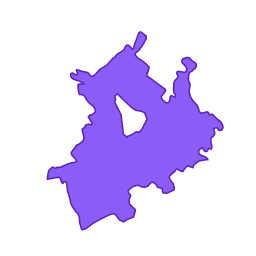 outline of Damanhur, Al Buhayrah, Egypt, rotated 344°
{"feature_id": "37247803B72315750145926", "entity_name": "Damanhur", "entity_type": "district", "adm_level": 2, "iso_a3": "EGY", "parent_name": "Egypt", "parent_adm1": "Al Buhayrah", "projection": "natural_earth1", "projection_center": [30.469, 31.031], "detail": "fine", "context": "isolated", "style": "filled", "palette": "violet", "viewbox_px": 256, "rotation_deg": 344, "n_neighbors": 0, "source": "geoboundaries", "source_scale": "gbopen_adm2", "svg_char_len": 5842}
<svg xmlns="http://www.w3.org/2000/svg" viewBox="0 0 256 256"><g transform="rotate(344 128 128)"><path d="M36.3,155.0L47.3,156.1L49.0,157.6L49.2,159.1L49.0,160.4L49.4,162.5L50.0,163.3L51.1,162.7L51.5,162.0L52.2,162.1L53.5,162.8L53.7,164.0L52.9,170.0L52.4,171.7L52.7,175.3L52.6,180.3L52.4,182.0L52.3,185.0L52.6,187.6L54.3,192.7L54.7,194.0L55.0,194.8L56.0,196.0L56.4,197.0L56.6,200.3L56.1,202.8L55.4,205.4L55.5,209.1L55.4,212.3L56.2,213.3L59.8,213.1L67.8,210.1L76.8,207.9L86.9,206.2L90.1,206.3L92.1,207.9L94.5,214.0L97.9,217.0L101.8,215.8L108.8,215.1L111.8,210.4L112.3,209.3L112.4,208.5L111.8,206.9L111.0,206.2L109.5,203.0L108.7,201.9L108.7,201.3L109.0,198.1L109.9,196.1L110.7,195.4L112.0,193.6L111.8,192.6L111.1,191.7L110.6,189.9L110.9,188.3L112.9,187.1L115.5,186.1L116.9,185.7L119.5,185.5L121.4,185.8L122.9,186.4L124.2,187.9L125.5,188.7L126.9,189.2L127.5,189.6L131.5,189.3L133.0,188.0L135.7,186.8L137.2,187.2L137.9,188.0L138.8,189.1L139.7,190.7L139.8,192.2L140.3,193.3L143.9,195.4L144.2,196.0L143.7,198.0L143.8,200.2L144.9,200.2L145.4,200.7L146.1,201.2L147.7,201.4L154.9,200.3L155.3,200.0L155.5,199.7L156.0,198.6L156.1,194.4L156.0,193.4L155.4,192.5L154.3,189.5L154.0,187.0L154.1,186.4L154.6,185.8L156.7,184.6L158.2,184.0L159.6,183.2L160.5,183.0L160.4,182.7L161.4,182.2L162.7,181.1L163.7,180.9L166.4,183.5L167.4,184.4L168.1,184.9L169.1,184.7L170.6,183.3L172.7,181.9L174.4,181.0L175.3,181.0L176.4,182.0L178.0,182.9L179.5,184.0L180.3,182.6L181.4,181.6L183.0,181.0L184.8,180.0L186.5,179.5L188.4,179.4L189.5,179.5L194.5,180.0L195.9,180.5L196.1,179.3L194.8,177.6L193.3,176.2L191.4,174.9L189.4,172.7L189.1,171.9L190.1,168.6L192.7,167.7L194.5,168.1L194.7,169.7L195.1,171.0L195.8,172.0L197.3,172.1L198.3,171.9L198.8,170.9L199.8,169.8L202.4,171.3L203.1,170.1L203.5,168.8L204.0,163.6L204.5,161.8L205.1,160.9L205.6,160.4L207.6,159.4L209.1,158.4L209.8,157.4L210.1,156.3L210.1,154.4L210.0,153.2L210.1,152.4L212.1,152.0L213.0,152.1L213.7,152.5L214.6,154.8L215.0,155.4L216.3,155.9L217.7,155.8L218.7,154.8L219.6,153.5L219.7,151.6L219.2,148.6L218.2,146.4L217.6,145.7L217.2,145.8L212.9,138.0L212.1,138.1L211.1,137.9L209.9,137.8L209.7,136.1L209.1,134.6L208.4,134.2L204.2,134.2L202.6,133.9L201.5,132.8L201.1,131.4L201.1,130.6L201.1,128.1L200.6,125.0L198.0,119.9L197.6,118.7L197.3,117.3L196.8,115.9L196.7,113.3L196.9,109.3L198.6,106.0L199.8,103.1L199.4,100.9L199.4,98.2L201.1,93.4L202.0,92.3L203.3,91.3L205.5,90.9L206.8,90.0L208.8,89.3L209.7,88.6L210.3,87.9L210.7,87.3L210.9,86.5L211.1,86.3L211.1,85.0L210.9,84.3L210.5,83.6L209.5,82.8L208.0,80.8L207.5,79.7L206.3,77.6L205.5,76.9L204.1,76.4L201.6,76.6L200.0,76.5L199.5,76.8L198.5,77.8L198.2,78.5L198.1,79.6L198.2,80.9L199.2,82.1L199.7,83.2L200.8,86.1L200.9,87.2L200.5,88.0L200.0,89.2L199.7,89.0L199.2,89.8L197.9,90.1L197.4,90.0L195.2,88.9L194.7,88.5L192.1,87.5L191.5,87.4L190.3,87.8L189.9,89.9L190.5,92.0L188.9,93.8L186.5,95.1L185.1,96.4L184.3,98.0L182.5,103.2L181.9,105.9L182.3,108.1L182.6,110.0L181.6,111.4L180.4,110.4L179.5,109.4L178.3,108.8L177.4,109.4L177.0,110.3L176.4,111.2L176.2,111.8L175.8,112.7L175.5,113.1L175.1,113.5L174.9,114.0L173.5,114.6L171.5,114.3L170.1,112.1L169.3,111.1L168.5,108.4L168.7,106.7L170.2,105.8L171.7,104.7L172.1,104.5L174.2,102.8L174.6,101.8L174.6,101.5L174.3,100.7L173.8,100.2L162.0,84.8L161.0,83.8L160.5,82.9L161.2,81.3L161.5,80.3L162.0,80.5L164.0,77.3L165.1,75.3L163.4,72.3L162.4,70.4L161.8,69.5L159.3,66.3L156.6,63.4L156.5,62.7L155.7,61.2L155.2,59.9L155.0,59.0L156.8,57.6L159.4,56.6L162.5,54.3L163.9,53.5L164.9,52.3L166.5,50.9L168.9,48.3L170.1,47.3L170.2,46.3L170.9,44.8L167.2,39.5L166.3,39.0L164.6,39.6L156.7,50.3L156.2,51.2L156.0,52.1L155.3,52.7L154.2,53.2L153.8,53.2L153.4,52.4L153.0,51.1L152.3,50.3L152.0,49.4L151.0,48.2L150.0,48.0L148.5,48.6L147.9,49.0L145.8,51.7L143.6,52.3L142.1,53.0L140.4,53.5L139.7,53.5L139.0,53.9L137.6,54.3L136.0,55.4L135.1,56.2L134.5,56.3L134.3,56.8L133.9,56.5L132.5,56.9L124.9,61.7L117.3,63.9L116.1,64.4L110.0,68.3L107.0,68.4L106.6,67.9L106.2,67.2L105.3,64.8L104.8,64.1L104.2,63.4L103.8,63.1L100.4,61.4L99.8,60.9L98.4,60.2L96.2,58.5L95.1,58.1L94.4,58.0L94.2,58.5L94.4,60.4L94.7,61.3L94.2,62.4L93.1,63.0L92.7,62.8L91.5,61.4L90.5,60.4L89.5,59.7L89.1,59.8L88.1,60.0L87.6,61.0L87.2,62.7L87.8,64.6L89.0,66.0L89.4,65.9L89.8,66.4L91.3,67.8L92.5,68.3L94.7,69.9L95.4,70.7L96.2,71.3L96.7,72.0L97.1,72.8L97.5,73.3L92.7,72.2L91.6,73.1L90.8,77.2L90.5,79.8L90.6,82.4L91.4,82.7L92.1,82.8L92.5,83.2L93.5,83.6L94.6,84.8L95.2,86.0L95.5,87.6L96.0,89.4L96.9,91.8L97.8,93.6L100.5,97.4L101.2,99.0L101.4,100.6L101.4,102.3L101.3,103.0L100.4,104.1L98.4,104.7L97.0,105.2L95.6,105.0L95.1,105.0L92.9,106.3L92.8,106.7L93.2,107.7L93.5,108.7L93.6,109.1L94.1,111.1L94.3,112.5L94.7,113.0L94.6,114.4L93.2,114.8L91.8,113.6L91.3,113.4L90.0,113.5L88.8,113.3L87.9,113.8L87.0,114.8L86.7,115.7L86.4,115.6L85.9,115.6L84.0,116.3L83.5,116.8L83.2,119.8L83.3,123.0L83.2,123.4L83.3,124.0L83.0,124.5L83.0,125.2L82.9,125.6L81.8,127.4L79.8,128.7L78.0,129.5L76.2,130.0L73.7,130.3L73.3,130.7L73.0,130.8L72.6,131.4L71.5,132.5L71.3,132.5L69.0,134.0L68.0,134.9L67.3,135.4L66.6,136.1L66.5,137.4L66.6,138.2L66.5,138.6L67.1,139.3L67.4,140.5L68.0,141.6L68.9,142.8L69.2,144.0L69.3,145.9L68.0,146.2L66.8,146.3L64.3,145.9L59.9,146.0L57.5,146.4L55.6,146.5L54.0,146.9L51.8,147.1L49.1,146.2L48.5,146.4L47.6,146.9L44.5,144.7L43.0,145.6L40.8,146.6L40.2,147.1L39.5,148.1L38.5,149.9L36.3,155.0ZM140.4,133.3L138.3,134.7L137.3,134.9L136.6,134.7L135.3,134.1L134.7,134.0L133.6,134.1L132.6,134.7L131.1,135.2L129.9,135.2L126.8,135.9L125.9,135.7L125.2,136.1L124.8,136.6L122.0,132.9L121.9,132.3L125.0,113.4L122.3,99.2L123.7,97.6L124.1,96.2L124.0,95.6L124.1,94.3L124.2,94.0L125.0,93.3L126.6,92.6L127.3,92.5L136.8,108.9L138.9,111.5L140.4,113.1L141.6,113.8L142.9,114.2L146.7,116.5L147.5,117.5L148.2,118.1L148.4,121.6L148.7,122.6L148.8,124.8L141.2,132.8L140.4,133.3Z" fill="#8b5cf6" stroke="#5b21b6" stroke-width="1.5"/></g></svg>